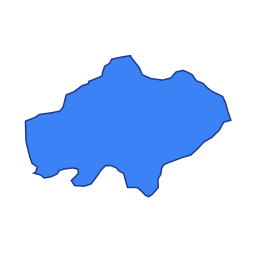 the district of Halmstad, Halland, Sweden, rotated 171°
{"feature_id": "70781695B21714207094800", "entity_name": "Halmstad", "entity_type": "district", "adm_level": 2, "iso_a3": "SWE", "parent_name": "Sweden", "parent_adm1": "Halland", "projection": "natural_earth1", "projection_center": [13.027, 56.773], "detail": "fine", "context": "isolated", "style": "filled", "palette": "blue", "viewbox_px": 256, "rotation_deg": 171, "n_neighbors": 0, "source": "geoboundaries", "source_scale": "gbopen_adm2", "svg_char_len": 1162}
<svg xmlns="http://www.w3.org/2000/svg" viewBox="0 0 256 256"><g transform="rotate(171 128 128)"><path d="M118.1,56.9L113.8,59.1L107.4,64.5L106.5,72.6L102.7,77.4L101.4,82.5L98.4,86.1L92.8,87.6L79.6,90.3L70.2,91.5L62.1,96.9L55.3,102.3L46.7,105.6L38.2,111.6L32.6,118.8L25.2,119.6L26.7,128.1L27.8,137.9L29.6,144.3L39.3,151.1L43.5,155.4L47.1,160.5L53.1,163.9L56.1,170.3L59.1,172.9L64.6,176.3L71.8,175.8L77.9,170.7L86.3,169.9L97.8,173.3L105.6,178.4L107.4,185.7L114.0,197.6L114.2,199.1L123.1,199.1L133.4,198.5L135.9,194.9L141.5,192.5L144.5,186.7L145.4,183.4L153.0,181.6L159.5,180.1L160.3,178.0L166.7,177.0L175.7,172.2L183.8,170.4L185.5,166.5L188.9,158.6L192.8,155.3L201.8,155.0L213.3,155.3L218.4,152.9L228.3,150.8L228.2,150.8L230.8,130.9L229.5,114.6L228.2,108.0L223.5,103.5L226.4,98.7L228.1,98.1L221.3,95.1L218.8,91.8L211.9,91.8L205.5,93.6L202.1,96.9L197.0,97.5L188.9,97.2L183.8,95.1L184.2,90.9L188.0,87.9L192.3,84.9L189.7,79.5L180.3,77.4L173.1,78.6L168.4,83.1L165.0,86.4L162.0,90.0L156.4,94.2L150.9,93.6L145.8,90.6L143.6,87.0L139.4,83.7L137.8,69.4L131.8,68.4L127.8,67.5L123.1,61.4L121.1,58.6L118.1,56.9Z" fill="#3b82f6" stroke="#1e3a8a" stroke-width="1.5"/></g></svg>